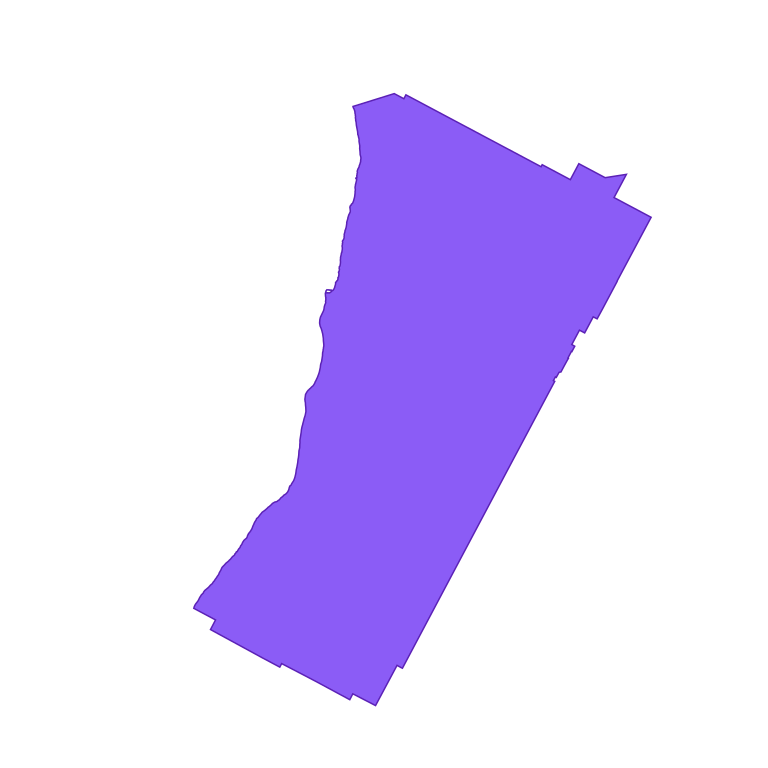 Irwin, Western Australia, Australia (Mercator projection), rotated 28°
{"feature_id": "25037944B44454952814800", "entity_name": "Irwin", "entity_type": "district", "adm_level": 2, "iso_a3": "AUS", "parent_name": "Australia", "parent_adm1": "Western Australia", "projection": "mercator", "projection_center": [114.943, -29.341], "detail": "fine", "context": "isolated", "style": "filled", "palette": "violet", "viewbox_px": 768, "rotation_deg": 28, "n_neighbors": 0, "source": "geoboundaries", "source_scale": "gbopen_adm2", "svg_char_len": 6119}
<svg xmlns="http://www.w3.org/2000/svg" viewBox="0 0 768 768"><g transform="rotate(28 384 384)"><path d="M527.5,671.9L527.6,626.3L532.2,626.4L533.7,626.3L533.5,403.4L533.5,301.5L532.0,301.5L532.0,297.3L533.0,297.3L533.1,291.9L533.2,291.4L534.6,290.3L534.6,283.0L534.7,275.7L534.8,275.4L534.8,274.7L534.2,274.7L534.2,267.2L534.7,267.2L534.7,261.1L531.3,261.0L531.3,244.7L537.2,244.7L537.2,226.5L541.6,226.4L541.7,215.1L541.7,183.9L541.5,183.5L541.6,111.4L499.6,111.4L499.6,85.1L482.4,98.0L452.6,98.0L452.6,116.1L420.7,116.1L420.7,118.4L267.6,118.4L267.6,122.8L256.7,122.8L226.3,153.5L227.1,154.4L228.5,155.3L229.8,156.5L230.5,157.3L231.3,158.6L232.1,159.4L232.5,160.2L233.1,160.9L233.5,161.7L233.7,162.3L234.8,163.7L235.1,164.4L236.5,166.0L238.2,168.6L242.3,173.7L243.8,176.1L244.7,176.8L245.6,178.0L246.3,178.7L247.0,179.5L248.1,181.6L250.8,185.1L251.1,185.7L251.3,186.2L251.7,186.8L251.9,187.4L253.8,190.2L255.0,192.2L255.2,192.6L256.8,194.3L257.5,195.2L257.8,195.9L258.6,198.0L258.8,198.4L259.0,198.6L259.1,198.9L259.1,199.2L259.2,199.8L259.2,200.1L259.4,200.6L259.7,203.0L260.1,203.9L260.0,204.4L260.1,205.3L260.0,205.9L260.1,206.8L260.4,208.6L260.6,209.0L261.0,209.4L261.3,209.8L261.4,210.8L261.8,211.3L261.9,212.0L262.1,212.4L262.1,212.8L262.9,214.0L263.1,214.4L263.1,214.8L262.8,214.9L262.6,215.0L262.5,215.4L262.5,215.5L262.7,215.8L263.0,215.9L263.1,215.3L263.3,215.3L264.0,216.6L265.0,220.4L265.2,221.4L265.6,222.3L265.8,223.0L266.0,223.7L266.5,224.6L267.2,225.5L267.6,226.2L268.2,227.9L268.7,228.7L270.0,232.0L270.3,233.0L270.7,234.7L271.1,236.4L271.4,238.8L271.3,239.5L270.9,240.3L270.8,240.9L271.0,241.5L270.9,241.7L270.6,242.6L270.6,243.0L270.8,243.4L270.9,244.0L272.0,245.5L273.1,247.2L273.3,247.7L273.5,248.6L273.4,249.1L273.5,249.6L273.5,250.4L273.5,251.2L274.1,254.3L274.4,254.9L274.9,257.5L275.2,258.8L275.8,259.9L277.0,263.3L277.5,265.8L277.5,266.6L278.1,268.2L278.6,270.6L279.3,271.7L279.4,272.3L280.0,273.2L280.2,274.1L280.4,274.6L280.4,275.6L280.3,276.5L280.2,277.1L280.2,277.3L280.4,277.7L280.9,278.2L281.2,278.7L281.3,279.5L281.6,280.0L281.8,280.3L282.0,281.3L282.2,281.9L282.5,282.3L283.3,283.3L284.0,284.8L284.6,286.6L284.7,286.9L285.0,287.8L284.9,288.5L285.3,289.3L286.2,292.7L287.0,294.2L287.2,295.0L287.8,295.8L288.7,297.5L289.6,300.0L289.7,300.5L289.5,301.3L289.5,301.6L289.9,302.3L290.2,303.1L290.7,303.5L290.8,303.6L291.5,305.7L291.5,306.0L291.3,306.3L291.3,306.6L291.6,307.0L291.9,307.2L292.3,307.7L292.7,308.3L293.2,309.7L293.5,310.8L293.6,311.1L293.4,311.6L293.4,311.9L293.5,312.1L293.9,312.5L294.1,313.2L294.3,313.9L294.2,314.3L294.2,314.6L294.0,314.9L293.9,315.3L294.0,315.7L293.9,316.1L293.6,316.8L293.6,317.1L293.7,317.3L293.9,317.7L294.1,318.0L294.5,319.2L294.7,320.4L295.1,321.9L295.2,324.0L295.0,325.3L294.4,326.0L293.7,325.7L290.1,327.2L290.1,327.3L291.7,326.7L291.9,326.7L292.1,326.5L293.7,325.9L293.9,326.0L293.9,326.5L294.0,326.8L294.2,327.0L293.7,328.1L293.3,328.9L293.2,329.1L292.4,329.4L291.8,329.9L291.4,329.9L290.6,330.5L290.2,330.6L289.7,330.5L289.3,329.5L289.3,329.3L289.2,329.0L289.4,327.1L289.1,328.9L289.2,329.5L289.5,330.4L289.5,330.7L289.6,330.9L289.6,331.3L289.7,331.6L291.1,333.9L291.8,334.8L292.1,335.0L292.4,335.8L292.9,336.5L293.2,337.4L293.7,338.7L294.3,339.4L294.4,339.8L294.5,340.3L294.6,341.8L294.8,342.9L295.0,343.8L295.9,346.2L296.2,347.7L296.5,354.8L297.1,357.2L297.7,358.6L298.1,359.5L298.5,360.4L299.9,362.2L300.5,362.9L302.5,364.5L304.2,366.2L304.8,366.9L306.3,368.5L309.0,372.2L310.2,374.3L311.9,376.8L312.7,378.1L313.1,379.0L313.4,380.1L314.0,381.5L314.1,382.2L314.3,382.6L314.4,382.9L314.7,383.4L315.0,384.9L315.7,386.5L316.4,387.9L318.2,393.0L318.5,394.2L318.7,395.7L319.1,397.1L320.0,399.3L321.3,403.9L321.7,406.2L321.8,407.1L322.1,409.3L322.2,411.6L322.3,413.2L322.2,414.1L322.4,415.4L322.4,417.2L322.2,418.9L321.5,420.6L320.9,422.8L320.6,423.2L320.4,424.3L320.0,425.1L319.9,425.8L319.7,426.7L319.6,429.7L319.7,430.4L320.1,431.3L321.3,434.6L321.7,435.2L322.5,436.4L323.3,437.3L323.6,437.8L324.6,439.5L325.9,441.4L326.8,442.9L328.0,445.0L329.1,448.6L329.7,452.0L330.4,454.7L330.9,456.9L331.2,457.9L331.7,460.3L332.6,463.3L333.5,465.4L336.1,472.9L336.6,473.9L337.4,475.3L338.0,476.8L339.3,479.4L339.6,480.2L340.3,482.9L342.0,486.6L343.0,489.2L343.6,491.2L344.6,493.6L346.1,498.2L346.8,500.9L347.8,503.5L348.3,505.0L349.1,508.1L349.4,509.9L349.6,512.0L349.5,513.2L349.4,513.7L349.4,514.2L349.3,515.4L349.4,516.8L349.2,517.5L348.8,518.2L348.7,518.5L349.0,519.6L349.0,520.2L349.3,521.1L349.5,522.0L349.6,523.7L349.6,524.6L349.2,526.4L348.8,527.5L347.7,529.3L347.4,530.8L346.4,532.9L346.0,535.2L345.7,535.8L345.2,536.6L344.8,537.8L344.2,538.5L343.0,539.5L341.5,541.9L341.3,543.0L340.9,544.2L340.5,545.2L340.3,545.9L339.6,547.1L339.2,548.6L338.8,549.7L338.0,551.7L336.6,554.5L336.4,555.8L336.0,557.5L335.5,560.7L335.2,561.6L334.9,562.1L334.7,562.7L334.9,564.2L334.7,566.1L334.7,567.8L334.9,569.2L334.9,570.5L335.2,572.8L335.3,573.2L335.3,574.0L335.4,574.6L335.3,575.0L335.2,575.5L335.3,576.2L335.1,577.0L335.1,577.6L334.9,578.3L334.8,579.1L334.6,579.5L334.6,579.9L334.8,580.4L334.8,580.6L334.7,580.9L334.6,581.4L335.0,583.3L335.0,584.6L333.9,587.3L333.7,588.1L333.7,589.2L333.5,589.9L333.7,592.0L333.7,592.7L333.4,594.2L333.6,596.0L333.5,596.5L333.2,597.6L333.1,598.2L333.1,599.2L333.0,599.8L333.1,600.3L333.0,601.1L332.9,601.2L332.7,601.2L332.5,601.4L332.4,601.8L332.5,602.3L332.4,603.3L332.1,604.1L332.3,604.8L332.2,605.4L332.0,606.1L331.5,607.0L331.2,607.9L331.0,609.0L330.6,611.1L330.2,611.9L329.9,613.3L329.5,614.3L329.2,615.0L328.9,615.7L328.5,616.6L328.4,617.4L328.2,617.9L328.1,618.6L327.5,620.5L327.2,621.6L327.1,622.5L327.3,624.8L327.2,628.2L327.4,629.3L327.4,630.3L327.1,632.2L327.0,634.0L326.7,635.6L326.6,637.6L326.3,638.5L326.2,639.1L326.1,640.9L325.2,643.0L325.0,643.9L324.5,646.0L322.7,650.4L322.4,652.3L322.5,653.3L322.5,653.7L321.8,655.7L321.7,656.2L321.7,657.1L321.5,659.0L321.6,661.3L321.6,663.0L321.2,665.4L321.0,666.3L320.9,667.9L321.0,669.7L321.4,671.4L346.0,671.4L346.1,682.3L405.6,682.9L424.9,682.9L424.9,678.9L462.8,678.6L502.0,678.8L501.9,672.2L527.5,671.9Z" fill="#8b5cf6" stroke="#5b21b6" stroke-width="1.5"/></g></svg>